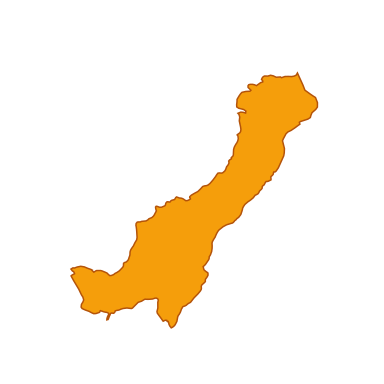 outline of Bolvasnita, Caras-Severin, Romania, rotated 299°
{"feature_id": "2599482B91708216111276", "entity_name": "Bolvasnita", "entity_type": "district", "adm_level": 2, "iso_a3": "ROU", "parent_name": "Romania", "parent_adm1": "Caras-Severin", "projection": "equal_earth", "projection_center": [22.399, 45.326], "detail": "fine", "context": "isolated", "style": "filled", "palette": "amber", "viewbox_px": 384, "rotation_deg": 299, "n_neighbors": 0, "source": "geoboundaries", "source_scale": "gbopen_adm2", "svg_char_len": 6001}
<svg xmlns="http://www.w3.org/2000/svg" viewBox="0 0 384 384"><g transform="rotate(299 192 192)"><path d="M324.2,260.2L327.1,260.5L331.0,258.4L334.5,254.2L334.7,251.0L335.0,247.8L335.4,244.6L335.8,241.4L339.3,237.2L347.2,226.5L344.8,226.5L342.9,225.2L341.2,223.1L340.5,221.6L339.7,220.1L338.9,218.7L338.0,217.2L335.4,214.9L335.5,213.6L333.2,210.0L333.0,206.8L332.2,204.1L330.2,202.2L328.6,199.2L328.2,198.9L327.7,198.6L327.1,198.3L326.6,198.2L326.1,198.1L324.2,198.2L323.4,200.1L322.5,200.5L320.9,199.0L316.3,196.8L316.2,195.8L316.1,194.8L315.8,193.7L315.5,192.7L314.4,190.7L313.3,189.6L312.0,189.5L310.6,190.4L309.6,194.2L308.2,193.8L306.1,190.4L303.4,187.4L301.7,186.9L298.8,186.6L294.9,186.5L293.7,187.1L292.5,187.7L291.3,188.2L290.0,188.7L288.1,189.9L287.9,192.2L289.2,197.2L288.9,199.9L287.0,200.6L286.8,199.4L286.5,198.2L286.0,197.0L285.5,195.9L283.1,194.0L282.6,195.5L280.7,197.4L277.1,198.9L272.5,202.9L270.5,204.4L268.8,205.1L267.5,205.2L266.9,205.1L266.3,204.9L265.8,204.6L265.2,204.3L263.8,203.8L263.3,205.0L261.1,206.6L260.1,206.9L259.1,207.2L258.0,207.3L257.0,207.4L255.0,207.2L254.1,207.2L252.3,207.2L251.4,207.3L249.3,207.8L244.6,210.1L243.6,210.4L241.0,209.7L240.2,210.4L238.2,209.3L236.8,209.1L236.5,209.5L236.1,209.7L235.7,210.0L235.1,210.3L234.0,210.4L233.2,210.4L232.5,210.3L231.7,210.2L231.0,210.0L228.1,210.5L226.3,210.5L223.6,209.5L222.8,208.6L221.9,206.6L221.0,205.5L218.9,205.2L216.7,205.1L212.5,204.5L208.2,203.6L206.0,202.7L204.7,201.7L204.1,200.9L203.5,200.1L202.8,199.4L202.0,198.7L200.3,198.3L198.6,197.9L197.0,197.4L195.3,196.9L192.2,194.9L189.0,193.0L186.9,192.3L186.0,192.7L186.0,193.1L185.8,193.4L185.5,193.7L185.2,194.0L184.0,193.4L183.2,192.9L182.9,192.7L182.4,192.2L182.0,191.8L181.7,191.3L181.4,190.8L181.7,187.4L181.6,186.6L181.5,186.0L181.3,185.3L181.0,184.7L180.7,184.1L180.2,180.9L179.3,180.5L177.0,180.4L174.8,178.2L174.0,177.8L172.4,177.5L171.8,175.7L171.3,174.9L169.6,174.5L167.4,175.1L166.7,174.9L163.8,172.6L162.9,170.9L162.6,168.7L162.2,167.6L161.2,167.4L160.3,168.0L159.6,168.6L158.8,169.3L158.2,170.0L153.6,170.1L153.1,170.1L151.9,169.9L151.4,169.7L150.8,169.5L150.2,169.3L147.7,167.3L146.2,166.9L144.4,165.8L141.9,162.2L140.7,161.2L140.3,160.5L140.0,159.9L139.6,159.3L139.1,158.7L137.4,158.4L135.7,159.1L134.5,160.1L132.6,161.5L130.2,163.1L125.6,166.0L123.3,166.8L121.3,166.7L119.2,166.7L117.8,166.8L116.3,166.9L115.1,166.7L113.9,166.6L112.7,166.5L111.3,166.5L109.5,166.9L106.9,168.2L105.6,168.5L104.2,168.7L102.9,169.0L101.5,169.1L100.8,169.0L100.2,168.8L99.5,168.6L98.9,168.4L97.6,167.2L96.5,166.7L94.0,167.9L92.6,167.9L87.9,166.7L85.3,165.4L83.4,164.1L82.5,163.8L81.7,163.4L80.9,162.8L80.3,162.3L79.9,161.9L79.5,161.5L79.3,161.0L79.0,160.5L79.2,159.6L79.4,158.8L79.6,157.9L79.9,157.1L79.8,155.3L79.6,153.6L79.4,151.8L79.0,150.1L77.2,146.9L76.8,146.4L74.3,145.0L75.2,141.7L75.3,141.8L75.3,141.2L74.7,137.8L74.3,134.1L73.1,130.7L70.7,127.9L68.5,126.0L67.9,124.6L65.9,123.5L64.9,125.8L65.0,126.8L64.5,127.9L63.6,128.9L60.9,127.2L60.0,126.9L57.2,131.3L52.1,140.1L48.5,145.1L47.2,147.5L45.1,149.6L43.0,149.9L40.1,149.8L37.6,150.8L36.8,152.4L36.9,154.3L37.1,156.2L37.4,158.0L37.7,159.9L37.7,161.1L37.7,162.4L37.8,163.6L37.9,164.9L39.0,166.8L41.7,169.3L42.4,169.5L42.8,169.4L43.2,169.3L43.8,169.4L44.3,172.2L44.5,173.2L44.9,174.5L45.4,175.8L45.5,177.0L45.4,177.9L44.7,178.4L41.8,178.6L41.3,178.7L40.0,179.0L38.9,179.5L39.6,180.2L39.7,179.9L40.5,180.2L41.1,180.3L42.9,180.0L44.2,179.9L44.9,179.9L46.2,179.6L47.2,180.4L47.4,181.0L47.6,181.5L47.9,182.2L48.1,182.3L48.7,182.6L49.3,182.7L50.0,182.7L50.7,182.5L51.7,183.3L53.3,185.3L55.0,186.6L56.6,188.1L59.0,191.3L60.7,195.5L61.6,196.2L69.4,198.4L72.0,200.8L72.9,201.3L73.8,201.8L74.7,202.3L75.5,202.9L76.1,204.2L76.8,205.5L77.5,206.7L78.3,207.9L79.3,209.4L81.3,211.2L82.0,212.5L81.9,213.9L81.2,214.9L78.9,215.6L73.9,218.4L70.5,219.3L69.2,220.4L65.0,229.4L65.5,229.8L66.0,230.1L66.5,230.5L67.0,231.0L67.5,232.2L66.8,233.0L66.9,233.4L67.2,234.0L66.6,234.4L66.1,235.3L65.4,235.7L64.6,236.7L64.0,237.6L63.1,239.7L64.4,240.6L66.7,241.5L68.4,241.6L71.5,241.5L76.0,240.0L77.5,239.9L78.7,240.1L81.2,240.1L84.9,239.5L85.2,239.6L85.6,239.6L85.9,239.6L86.3,239.5L87.4,239.7L88.1,240.3L88.7,240.9L89.4,241.4L90.2,241.9L91.4,242.3L92.6,242.8L93.7,243.5L94.8,244.2L100.4,245.1L105.8,246.6L109.6,247.3L111.2,247.3L112.4,246.9L113.8,245.9L115.3,245.6L119.5,247.0L120.4,247.0L120.8,246.7L121.3,246.4L121.9,246.2L122.4,246.1L122.8,246.1L123.9,246.3L125.0,246.4L126.0,246.4L127.1,246.3L128.6,245.4L129.1,244.8L129.1,243.6L129.3,242.4L129.5,241.3L129.8,240.1L132.2,237.9L132.9,238.2L133.7,238.5L135.3,238.9L141.0,239.4L141.7,239.3L142.4,239.1L143.0,238.8L143.6,238.5L146.1,238.6L147.7,238.3L149.3,238.1L152.2,237.0L153.8,236.2L154.9,235.6L156.8,234.4L158.0,234.0L159.6,233.9L160.6,233.9L162.7,234.0L163.8,234.1L165.1,233.9L166.4,233.8L167.7,233.7L169.1,233.7L170.9,233.8L172.1,234.1L176.7,236.0L180.0,238.1L181.1,239.1L182.2,240.2L183.3,241.2L184.3,242.3L185.4,242.9L185.6,242.9L186.7,243.2L187.8,243.3L188.3,243.6L188.9,243.9L189.5,244.0L190.6,244.2L192.4,245.1L196.0,245.6L197.7,245.3L199.3,245.0L201.0,244.6L202.6,244.1L203.6,244.1L204.7,244.1L205.7,244.2L206.8,244.3L210.6,245.7L212.1,246.5L213.6,247.2L215.1,247.8L216.7,248.4L219.8,248.8L220.4,249.3L221.1,249.8L221.8,250.2L222.5,250.6L223.5,250.7L224.4,250.7L225.7,250.6L228.2,251.4L229.3,251.5L230.9,250.8L231.5,250.9L232.0,251.1L232.6,251.3L233.1,251.6L233.7,251.6L234.3,251.6L235.0,251.6L235.6,251.5L237.2,251.8L237.4,252.2L237.6,252.6L237.9,253.0L238.3,253.4L238.8,253.8L240.9,255.2L241.5,254.9L242.0,254.6L242.5,254.3L243.0,253.8L243.9,253.6L244.5,253.9L245.2,254.1L245.9,254.3L246.6,254.4L247.1,254.4L248.3,253.9L249.1,253.8L249.8,254.9L250.9,255.4L255.0,255.8L268.1,254.7L271.0,253.7L274.8,251.8L280.7,246.3L283.0,246.1L288.5,246.0L291.1,246.8L293.9,248.8L297.6,250.7L299.1,251.4L300.7,252.1L302.2,252.8L303.6,253.5L305.0,252.1L306.1,252.6L311.9,258.0L314.5,259.4L316.4,258.9L319.5,258.5L324.2,260.2Z" fill="#f59e0b" stroke="#b45309" stroke-width="1.5"/></g></svg>